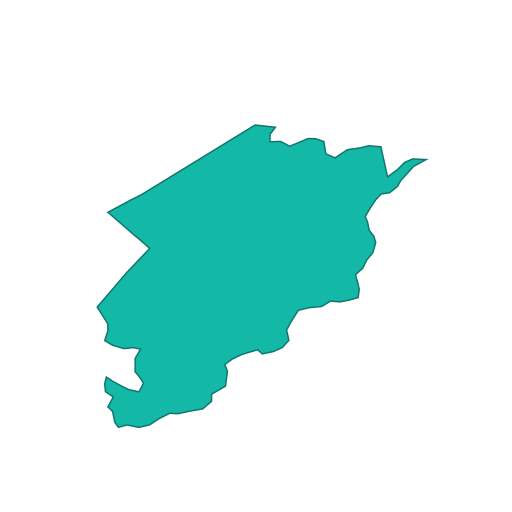 Pacoti, Ceará, Brazil, rotated 248°
{"feature_id": "56859067B59765033772406", "entity_name": "Pacoti", "entity_type": "district", "adm_level": 2, "iso_a3": "BRA", "parent_name": "Brazil", "parent_adm1": "Ceará", "projection": "equal_earth", "projection_center": [-38.914, -4.206], "detail": "fine", "context": "isolated", "style": "filled", "palette": "teal", "viewbox_px": 512, "rotation_deg": 248, "n_neighbors": 0, "source": "geoboundaries", "source_scale": "gbopen_adm2", "svg_char_len": 1386}
<svg xmlns="http://www.w3.org/2000/svg" viewBox="0 0 512 512"><g transform="rotate(248 256 256)"><path d="M368.1,322.2L377.8,304.2L355.9,173.5L354.9,161.6L352.0,135.1L322.2,150.3L314.0,154.7L302.8,160.3L298.9,151.6L289.2,130.2L268.1,89.6L248.7,93.2L242.0,90.6L234.2,84.0L227.0,89.6L219.6,98.9L217.0,107.9L212.9,114.1L206.1,105.4L199.5,102.9L194.0,100.5L187.5,102.7L180.1,104.0L173.9,96.6L179.8,87.9L186.5,82.0L193.1,76.5L199.8,71.9L194.3,67.9L186.6,65.6L178.8,70.9L171.6,62.2L165.6,64.8L154.5,62.8L148.7,64.3L147.7,73.1L141.0,83.1L139.3,94.0L141.6,105.7L142.5,117.1L139.0,124.6L137.1,135.8L134.2,149.4L138.0,160.4L144.5,163.0L146.8,179.0L160.0,186.4L167.1,186.4L169.4,195.6L170.0,206.1L168.5,222.3L162.9,225.2L160.9,236.2L161.3,246.2L165.5,254.9L175.9,256.6L181.7,263.6L189.8,274.9L188.2,285.8L184.6,298.1L186.3,308.2L182.0,316.7L180.3,325.2L179.2,335.1L186.3,339.2L193.5,340.4L201.4,341.2L204.7,350.4L210.9,357.3L215.4,365.7L223.7,372.1L230.5,372.6L237.5,370.6L245.4,372.1L251.7,372.1L257.5,379.6L263.2,387.9L266.6,395.2L264.6,403.7L267.5,413.2L271.8,418.5L275.9,427.2L280.1,435.8L281.7,449.8L287.3,437.7L287.1,428.9L283.0,419.3L280.1,407.6L310.5,412.7L316.0,401.8L317.3,392.7L320.3,380.6L317.4,366.0L324.5,359.0L336.7,361.8L342.5,355.1L345.4,348.2L345.2,339.2L345.2,328.3L353.0,321.7L356.8,311.6L363.6,314.7L368.1,322.2Z" fill="#14b8a6" stroke="#0f766e" stroke-width="1.5"/></g></svg>